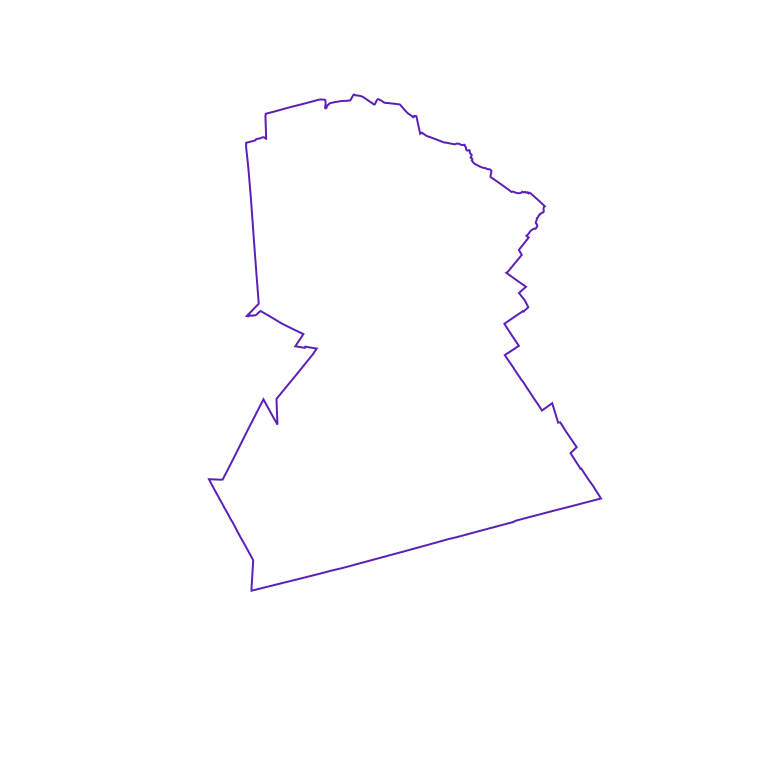 the district of Thoi Lai, Hau Giang, Vietnam, rotated 302°
{"feature_id": "81297802B52248438909521", "entity_name": "Thoi Lai", "entity_type": "district", "adm_level": 2, "iso_a3": "VNM", "parent_name": "Vietnam", "parent_adm1": "Hau Giang", "projection": "orthographic", "projection_center": [105.583, 10.024], "detail": "fine", "context": "isolated", "style": "outline", "palette": "violet", "viewbox_px": 768, "rotation_deg": 302, "n_neighbors": 0, "source": "geoboundaries", "source_scale": "gbopen_adm2", "svg_char_len": 6082}
<svg xmlns="http://www.w3.org/2000/svg" viewBox="0 0 768 768"><g transform="rotate(302 384 384)"><path d="M525.5,465.7L528.0,461.7L529.0,459.9L529.6,459.0L532.7,450.2L541.7,452.9L542.2,442.8L542.3,441.3L542.4,439.1L542.7,435.4L543.1,428.8L544.9,429.6L553.6,430.7L563.3,432.0L566.5,432.4L569.2,427.3L584.9,429.1L585.0,427.7L585.2,426.3L585.7,426.5L586.6,426.7L587.5,426.9L588.7,427.0L589.4,427.0L590.4,427.0L591.1,427.1L591.8,427.3L592.6,427.6L593.6,428.0L595.0,428.9L595.6,429.3L595.6,429.5L595.6,429.8L595.7,430.0L596.0,430.1L596.4,430.3L596.6,430.4L597.0,430.3L597.3,430.3L597.7,430.4L598.3,430.4L599.0,430.3L599.4,430.2L599.7,429.9L600.0,429.6L600.4,429.0L600.9,427.6L601.2,427.3L601.6,427.0L602.3,426.9L603.0,426.8L603.5,426.7L603.9,426.6L604.3,426.5L605.0,426.1L605.2,425.9L605.4,425.8L605.5,425.8L605.9,425.9L607.0,426.2L607.4,426.2L607.7,426.2L608.1,426.0L608.4,425.9L608.6,425.9L609.0,426.0L609.6,426.3L610.0,426.4L610.5,426.1L610.9,426.4L611.3,426.6L611.7,426.8L612.3,426.9L612.9,427.2L613.8,428.0L614.3,428.1L614.7,428.1L615.2,427.9L615.8,427.5L616.5,426.9L617.0,426.5L617.7,426.2L618.4,426.0L618.9,425.9L619.7,426.1L619.9,426.2L621.5,418.3L623.3,407.8L623.4,406.4L623.3,405.9L623.1,405.7L622.6,405.7L622.2,405.6L622.2,405.2L622.5,404.6L622.6,404.1L622.3,403.7L621.7,403.3L621.5,403.1L621.6,402.6L621.7,402.0L621.6,401.7L620.9,401.1L620.4,400.7L620.4,400.2L620.4,399.5L619.8,399.4L619.1,399.0L618.2,398.5L617.5,397.7L616.8,396.5L616.2,394.9L615.6,391.9L615.3,391.0L614.9,390.6L614.4,390.3L614.7,387.8L615.0,383.9L615.6,373.8L615.7,372.2L615.9,367.4L615.9,365.0L616.2,364.5L616.5,364.2L619.5,363.1L621.7,362.2L621.9,361.7L622.1,360.3L622.0,359.6L621.5,358.8L621.2,358.2L620.9,357.3L620.9,355.9L620.3,354.4L619.8,353.2L619.4,351.4L619.1,349.6L619.2,348.6L619.0,347.5L618.8,345.7L618.8,343.8L619.0,343.0L619.2,342.5L619.3,341.7L619.4,341.3L619.9,340.9L620.1,340.3L620.2,339.9L620.7,339.9L621.3,339.9L621.7,339.6L621.9,338.8L621.8,338.0L621.9,337.5L622.1,337.3L622.6,337.3L623.6,337.4L624.2,337.1L624.8,336.9L625.0,336.6L625.0,335.7L625.2,335.0L625.5,334.5L626.5,333.5L627.1,333.2L627.5,333.0L627.5,332.7L627.4,332.2L627.0,331.8L626.4,331.2L626.1,331.0L626.0,330.4L626.2,330.0L626.6,329.2L627.3,328.9L628.0,328.3L628.3,327.8L628.5,326.8L628.7,326.3L629.0,326.0L629.5,325.8L629.5,325.6L629.5,325.3L629.3,325.0L628.7,324.5L628.3,323.9L627.8,323.2L627.7,322.7L627.7,322.2L627.7,321.7L627.5,321.1L627.5,320.7L627.5,320.3L627.3,319.8L626.4,318.3L625.9,317.8L625.4,317.6L624.8,317.1L624.4,316.1L623.2,313.1L621.5,308.6L620.9,307.6L620.6,306.7L618.9,297.6L617.8,292.3L617.1,289.5L617.0,288.8L617.0,286.9L617.1,286.2L617.1,285.3L617.0,284.6L617.1,284.1L617.4,283.5L617.4,283.1L617.3,282.9L615.4,282.1L628.2,269.6L628.1,269.4L627.6,268.0L627.5,267.7L627.2,267.6L626.6,267.7L626.2,267.8L625.8,267.6L625.7,267.2L625.7,266.8L626.1,265.9L626.0,265.5L626.0,265.1L626.2,261.2L626.4,259.7L626.7,258.7L627.2,256.6L629.4,249.7L629.4,249.2L629.1,248.5L627.0,243.9L625.7,241.4L624.9,239.5L623.8,237.4L623.4,236.8L623.2,236.4L623.2,236.0L622.9,235.5L622.7,234.9L622.7,234.2L622.9,232.8L622.9,231.2L622.7,230.2L622.7,229.6L622.7,228.5L622.4,228.1L622.0,227.7L621.6,227.6L620.8,227.5L620.0,227.6L616.5,228.0L616.0,227.9L615.8,227.5L615.8,226.2L616.2,217.2L616.3,214.1L616.2,213.1L615.6,210.9L615.0,209.5L614.1,207.6L613.7,206.8L613.6,205.8L613.6,205.1L613.2,204.9L612.2,204.9L607.1,205.1L606.4,205.0L606.2,204.7L605.9,204.2L605.5,203.6L604.3,202.2L603.2,200.6L602.5,199.5L601.7,198.3L600.8,197.3L598.5,194.7L598.1,194.2L596.4,192.3L593.7,189.6L592.9,189.0L592.2,189.0L591.6,189.0L591.1,188.8L590.6,188.4L590.0,188.3L589.3,188.4L588.1,188.9L587.5,188.9L587.0,188.7L586.7,188.3L586.9,187.9L587.5,187.4L589.2,186.7L591.2,185.7L593.0,184.3L593.7,183.6L593.6,182.9L593.0,181.9L591.8,179.6L590.8,178.3L578.7,167.0L572.0,160.6L570.3,158.9L568.5,157.2L564.1,153.2L560.7,150.1L559.8,149.2L558.1,147.7L554.5,144.3L551.0,141.0L550.5,140.5L549.8,141.1L548.9,141.1L548.5,141.4L541.2,146.3L529.6,154.1L529.3,153.6L529.7,152.1L529.5,151.2L529.1,150.6L528.1,149.7L526.7,148.9L526.5,148.5L524.5,146.5L524.0,145.9L523.6,145.8L522.9,145.8L522.4,145.8L515.5,139.3L514.4,140.0L513.3,140.6L512.1,141.3L502.1,149.2L495.3,154.5L471.1,172.6L443.7,192.6L441.6,194.1L413.4,214.8L387.0,234.3L385.5,235.2L368.9,231.6L369.1,232.2L369.3,232.7L369.7,233.3L370.1,233.6L370.8,233.9L371.3,234.1L371.5,234.5L371.6,235.0L371.7,235.6L371.9,236.0L372.4,236.3L372.8,236.6L373.0,237.2L373.4,237.7L373.9,238.2L374.8,238.9L375.8,239.4L376.3,239.4L376.8,239.4L377.5,239.6L380.5,240.6L380.9,252.5L380.9,253.1L381.1,265.3L381.5,269.4L382.5,279.7L383.6,289.2L373.3,288.9L369.0,288.8L372.7,297.7L373.9,297.4L378.4,308.2L371.4,307.9L365.7,307.2L346.8,304.9L346.5,304.9L345.8,304.8L345.1,304.7L343.6,304.5L331.5,302.9L315.0,300.8L314.3,300.8L305.2,306.9L293.1,315.2L299.0,304.3L307.1,289.9L275.3,292.6L239.2,296.0L236.8,296.2L227.9,297.0L217.4,297.8L215.9,295.5L214.6,293.2L213.4,291.1L211.5,287.8L210.5,286.0L209.1,288.3L205.9,293.9L204.8,295.8L202.8,299.4L200.6,303.4L198.2,307.6L197.0,309.9L194.4,314.3L193.1,316.8L190.6,321.4L189.3,323.6L187.9,326.0L186.5,328.9L185.2,331.1L182.3,336.2L180.9,338.5L180.3,339.5L177.6,344.2L176.9,345.6L173.5,351.9L172.8,353.1L165.4,366.2L164.7,366.8L155.3,371.9L138.8,380.9L138.5,381.2L146.1,388.5L161.8,403.7L185.6,426.7L199.0,439.4L200.2,440.6L205.4,445.8L223.3,462.4L240.6,478.5L263.3,499.5L279.0,513.9L286.8,521.0L292.8,527.0L306.0,539.2L324.0,556.0L335.9,567.2L337.0,567.5L337.6,567.9L351.0,580.5L366.1,594.7L380.5,608.5L394.3,621.5L401.9,628.7L404.6,623.1L408.2,615.6L410.0,611.3L411.6,607.4L414.8,600.4L416.8,596.2L416.2,595.6L419.7,588.3L424.2,578.8L432.5,580.9L440.3,563.2L443.7,556.2L444.9,553.8L443.5,552.2L453.9,540.2L456.8,536.8L445.2,532.0L448.5,525.0L452.0,516.9L455.0,510.6L456.9,506.3L458.0,504.1L459.4,501.1L460.6,497.7L461.4,496.1L463.6,491.1L465.7,486.4L466.6,484.7L472.5,471.1L479.8,474.5L487.8,478.2L491.0,471.0L493.6,465.3L496.4,459.4L496.6,458.9L498.8,454.2L501.5,455.3L510.0,459.0L518.2,462.7L519.6,463.2L519.4,464.0L525.5,465.7Z" fill="none" stroke="#5b21b6" stroke-width="2"/></g></svg>